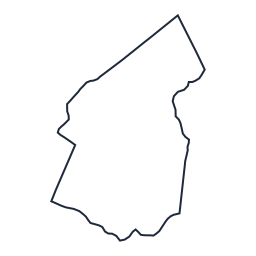 Massaranduba, Paraíba, Brazil (Equal Earth projection)
{"feature_id": "56859067B15048816693179", "entity_name": "Massaranduba", "entity_type": "district", "adm_level": 2, "iso_a3": "BRA", "parent_name": "Brazil", "parent_adm1": "Paraíba", "projection": "equal_earth", "projection_center": [-35.759, -7.193], "detail": "fine", "context": "isolated", "style": "outline", "palette": "slate", "viewbox_px": 256, "rotation_deg": 0, "n_neighbors": 0, "source": "geoboundaries", "source_scale": "gbopen_adm2", "svg_char_len": 1213}
<svg xmlns="http://www.w3.org/2000/svg" viewBox="0 0 256 256"><path d="M177.8,15.4L171.7,20.3L148.0,39.4L144.4,42.2L122.4,59.8L103.1,74.4L100.5,76.3L97.4,79.1L93.5,80.6L90.2,81.0L86.4,82.6L83.3,86.0L80.3,89.0L78.3,91.8L76.1,94.2L73.6,96.9L70.8,100.1L67.1,104.1L67.2,111.3L68.6,115.4L68.8,119.5L63.8,124.5L61.4,126.5L58.8,129.1L57.8,132.6L60.3,134.8L64.1,137.2L67.6,139.6L71.1,142.0L75.2,145.0L55.8,190.0L51.3,201.3L55.1,202.9L60.8,205.5L65.6,207.3L68.6,207.9L73.7,208.9L79.3,211.1L83.2,214.2L85.9,216.6L88.0,219.8L90.5,223.0L94.9,224.2L98.8,225.3L102.3,227.0L105.0,231.5L108.2,233.5L112.1,233.7L116.2,235.8L120.0,240.6L124.7,239.6L129.3,236.6L132.8,231.7L135.6,229.5L138.4,232.1L140.8,234.8L143.6,235.2L146.7,235.3L150.5,235.3L153.4,235.6L156.2,233.7L159.3,231.1L165.8,221.2L167.9,218.6L170.8,216.2L173.6,214.8L179.5,213.4L184.3,169.8L184.8,165.4L185.2,161.2L187.7,150.5L187.5,146.8L188.7,143.2L189.0,139.6L185.4,136.9L182.8,133.5L181.7,128.3L180.4,122.9L178.8,119.5L175.7,116.4L175.5,109.6L174.1,105.5L172.7,101.1L173.9,96.2L177.9,91.8L184.1,89.8L187.9,85.8L188.8,82.0L192.4,82.0L195.6,80.6L199.3,78.3L201.5,75.1L204.7,69.6L196.7,52.9L184.8,29.3L177.8,15.4Z" fill="none" stroke="#1e293b" stroke-width="2"/></svg>